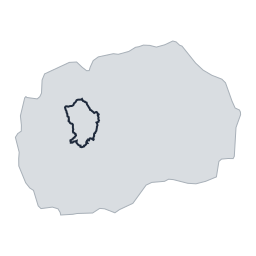 Makedonski Brod, Brod, North Macedonia (highlighted)
{"feature_id": "65306769B48467279151544", "entity_name": "Makedonski Brod", "entity_type": "district", "adm_level": 2, "iso_a3": "MKD", "parent_name": "North Macedonia", "parent_adm1": "Brod", "projection": "equal_earth", "projection_center": [21.207, 41.644], "detail": "fine", "context": "in_parent", "style": "outline", "palette": "slate", "viewbox_px": 256, "rotation_deg": 0, "n_neighbors": 0, "source": "geoboundaries", "source_scale": "gbopen_adm2", "svg_char_len": 2415}
<svg xmlns="http://www.w3.org/2000/svg" viewBox="0 0 256 256"><path d="M113.4,53.7L118.3,54.3L128.9,51.4L135.5,47.3L138.9,46.7L143.4,45.1L149.8,45.4L156.4,47.1L164.7,44.8L172.8,41.0L176.1,41.9L179.6,45.2L182.0,46.1L195.6,63.1L203.1,70.1L211.9,75.3L221.9,79.2L225.5,82.8L232.0,101.1L235.1,108.0L239.4,110.0L240.4,112.0L240.6,114.7L236.0,127.5L234.3,156.3L233.1,158.6L228.1,158.5L221.5,159.1L218.9,161.4L216.4,176.9L205.7,181.3L196.0,183.8L187.8,183.3L173.3,179.6L168.6,179.2L164.6,181.3L151.8,182.4L146.1,185.1L132.9,203.3L119.5,209.6L114.9,212.8L104.6,208.8L99.7,208.4L92.6,213.0L77.0,213.5L72.8,214.3L60.7,215.0L60.2,212.5L58.0,208.8L52.4,207.1L41.0,208.6L38.2,205.9L33.5,190.4L29.8,188.0L25.7,182.8L18.8,166.0L18.7,158.7L19.2,152.3L15.4,137.3L17.8,133.5L21.3,131.1L21.4,125.1L20.4,115.9L24.7,97.9L25.9,96.6L26.9,97.5L37.2,98.9L39.8,96.7L41.5,93.1L42.1,80.0L44.6,73.9L69.3,62.4L76.6,62.0L82.2,67.3L86.6,70.7L89.2,70.6L90.2,67.2L93.2,60.6L98.3,56.9L113.3,53.7L113.4,53.7Z" fill="#d9dde1" stroke="#a8b0b8" stroke-width="1"/><path d="M98.7,114.6L98.6,114.2L97.6,113.8L97.2,112.5L96.4,112.0L95.6,112.2L94.2,113.0L92.8,111.6L92.0,111.1L91.3,110.3L90.1,109.9L89.6,108.2L88.9,107.6L88.5,106.6L87.0,104.4L86.6,102.6L85.1,102.1L85.0,101.7L83.0,101.0L82.0,99.0L81.2,99.7L80.8,99.6L77.9,99.7L76.6,100.2L75.7,101.9L74.8,102.8L74.0,103.3L73.6,104.7L73.1,105.3L71.8,106.0L69.9,106.1L68.2,106.7L67.0,106.3L66.0,106.3L65.4,106.7L65.0,107.7L65.4,108.6L65.6,109.7L66.5,111.2L66.6,112.7L67.2,113.5L67.5,116.4L68.7,117.1L68.9,119.8L68.9,120.2L68.6,120.3L68.6,121.2L69.5,121.9L70.0,122.9L70.6,123.4L72.3,123.8L72.9,124.7L72.9,127.9L73.3,129.4L73.0,130.0L72.9,131.2L73.2,132.5L74.0,132.7L75.4,133.9L75.2,134.1L75.8,134.7L76.0,135.5L74.7,137.0L74.5,137.6L73.7,137.8L72.5,139.2L70.5,140.3L70.7,140.6L70.5,141.6L71.0,141.9L70.9,142.7L72.6,142.6L73.5,141.6L75.5,141.3L76.7,140.8L76.4,142.6L78.2,144.8L79.6,145.6L80.5,145.6L80.5,146.9L81.8,147.2L84.1,146.4L84.1,145.6L85.3,145.2L86.3,144.0L86.3,142.8L87.3,142.9L86.5,141.7L87.0,140.6L87.2,140.4L87.8,140.6L88.2,140.2L88.2,139.8L89.1,140.2L89.5,138.7L90.1,138.3L91.5,138.6L93.2,139.8L93.4,139.9L93.7,139.5L93.3,137.8L94.2,135.9L94.0,135.3L94.2,133.6L94.5,133.2L95.2,133.0L95.6,131.8L96.3,130.9L96.9,127.5L96.9,126.7L97.5,125.3L97.2,123.8L96.5,122.5L98.4,121.8L98.3,121.4L99.0,120.5L98.4,119.3L98.3,118.3L98.6,117.7L97.8,115.4L98.7,114.6Z" fill="none" stroke="#1e293b" stroke-width="2"/></svg>